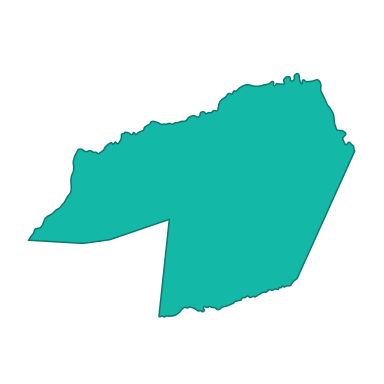 outline of San Fernando, Ocotepeque, Honduras, rotated 185°
{"feature_id": "27666195B54888668150426", "entity_name": "San Fernando", "entity_type": "district", "adm_level": 2, "iso_a3": "HND", "parent_name": "Honduras", "parent_adm1": "Ocotepeque", "projection": "equal_earth", "projection_center": [-89.101, 14.691], "detail": "fine", "context": "isolated", "style": "filled", "palette": "teal", "viewbox_px": 384, "rotation_deg": 185, "n_neighbors": 0, "source": "geoboundaries", "source_scale": "gbopen_adm2", "svg_char_len": 5952}
<svg xmlns="http://www.w3.org/2000/svg" viewBox="0 0 384 384"><g transform="rotate(185 192 192)"><path d="M169.8,74.3L169.5,75.1L169.5,75.7L169.7,76.2L170.4,76.8L170.5,77.2L170.5,77.5L170.2,78.6L169.9,78.9L169.5,79.1L168.8,79.1L167.8,78.4L166.8,78.3L165.9,78.6L164.8,79.5L164.2,79.6L162.5,78.8L159.9,78.7L158.5,78.6L158.1,78.3L157.6,77.6L157.1,77.2L156.2,77.0L155.5,77.1L154.0,77.9L153.3,78.4L152.2,79.5L151.3,80.1L149.6,80.8L146.9,81.7L141.6,84.5L140.6,85.3L140.2,86.3L139.9,86.6L133.9,88.5L133.5,88.9L133.1,90.2L132.6,90.8L132.0,91.2L130.6,91.2L130.0,91.4L129.4,91.9L128.5,92.8L128.0,93.1L127.6,93.2L127.1,93.2L125.9,92.3L124.9,92.1L123.9,92.3L122.6,93.0L122.1,93.3L121.4,93.3L120.5,92.9L120.2,92.9L119.3,93.4L116.8,95.4L112.9,98.1L112.0,98.4L110.1,98.5L108.8,99.1L108.2,99.6L107.2,100.9L106.4,101.4L105.5,101.6L104.2,101.1L103.5,101.1L102.7,101.4L101.5,102.2L100.4,102.7L99.7,102.7L98.6,102.3L98.0,102.3L97.6,102.6L97.3,102.8L97.1,103.9L96.8,104.4L96.4,104.6L95.5,104.3L94.9,104.4L94.5,104.8L94.0,105.8L93.6,106.2L93.1,106.1L92.4,105.5L91.9,105.4L91.2,105.6L89.9,106.4L88.9,106.8L88.0,107.0L86.7,107.0L86.1,107.2L85.6,107.5L85.3,107.9L84.2,110.2L83.1,111.9L81.5,113.4L79.8,114.8L33.5,246.9L34.0,247.6L34.4,248.6L34.6,249.3L34.8,250.8L35.1,251.8L36.0,252.5L37.4,253.4L39.1,255.1L39.7,255.3L40.4,255.0L41.3,254.0L41.8,252.9L42.2,252.6L42.8,252.6L43.5,252.9L44.4,254.1L46.5,258.1L46.6,258.5L46.4,259.2L46.0,259.9L44.5,261.7L43.9,262.5L43.8,263.1L43.9,263.6L44.1,264.0L44.4,264.4L47.2,266.1L48.4,266.3L50.8,266.1L52.1,266.2L53.0,266.5L53.6,267.2L54.8,270.1L55.9,272.4L57.3,279.4L57.8,281.3L58.3,282.6L60.1,285.3L61.5,287.3L62.7,288.7L64.4,290.2L64.9,290.9L67.4,295.4L72.1,303.5L72.5,304.5L72.8,305.7L72.8,306.7L72.8,308.9L73.1,310.7L73.5,311.6L74.1,312.7L74.8,313.6L75.6,314.3L76.4,314.7L77.3,314.7L78.3,314.4L80.3,313.5L81.6,313.0L84.4,312.4L87.2,311.9L88.2,312.0L88.7,312.2L89.9,313.2L90.5,313.4L90.9,313.4L91.5,313.0L91.8,312.3L91.8,311.6L91.5,310.7L91.6,310.0L92.0,309.5L92.6,309.4L92.9,309.6L93.3,310.2L94.1,311.9L94.9,314.5L95.4,317.2L95.8,318.2L96.0,318.6L96.4,318.9L96.9,319.1L97.4,319.0L98.0,318.9L98.8,318.5L99.5,317.9L99.9,317.3L100.2,316.7L100.3,316.1L100.2,315.4L99.9,314.2L100.1,313.1L100.3,312.5L100.8,312.0L102.0,311.2L102.8,311.1L103.5,311.6L103.8,312.4L103.8,313.5L103.9,314.2L104.3,314.7L104.9,315.1L105.8,315.3L106.8,315.3L107.8,314.9L108.7,314.3L109.8,312.9L110.2,312.3L110.3,311.7L110.4,311.1L110.3,310.4L110.0,309.8L109.6,309.2L109.4,308.6L109.6,307.8L110.1,307.4L113.5,307.2L117.2,307.3L117.7,306.9L118.1,305.9L118.4,305.4L118.9,305.0L119.3,305.0L119.9,305.3L120.3,305.9L120.3,306.6L120.1,307.6L120.3,308.5L120.8,309.0L121.4,309.2L122.1,308.9L122.6,308.6L123.9,307.0L124.8,306.3L129.5,305.0L133.2,303.5L134.4,303.2L137.6,302.9L140.0,302.9L141.3,303.1L143.7,303.6L145.6,303.7L146.8,303.6L148.3,303.2L150.5,302.1L153.1,300.3L154.5,299.1L155.9,297.1L156.7,296.4L157.4,296.2L158.5,296.4L159.2,296.1L159.6,295.5L159.8,294.5L160.0,293.9L160.3,293.4L160.7,293.1L161.2,292.9L161.7,292.8L162.9,293.4L163.5,293.5L164.1,293.3L164.6,292.9L166.1,290.6L166.8,289.7L167.7,288.8L170.1,286.9L171.2,285.6L171.9,284.7L172.4,283.3L172.9,281.5L173.1,279.8L173.3,277.3L173.4,276.3L173.8,275.5L174.5,274.9L175.2,274.7L176.6,275.1L177.5,275.0L178.4,274.4L179.3,273.0L179.8,272.6L180.5,272.5L181.6,272.6L182.4,272.5L183.1,272.2L184.0,271.5L184.6,271.3L185.4,271.5L186.3,272.4L187.1,272.8L188.1,272.9L189.3,272.6L189.9,272.2L190.4,271.6L190.7,270.7L190.7,269.4L190.9,268.6L191.4,267.7L192.0,267.3L192.8,267.0L193.6,267.1L194.3,267.4L195.4,268.0L196.2,268.2L197.1,268.2L198.9,267.6L200.5,266.9L201.7,266.0L202.6,265.0L203.7,263.0L204.1,262.6L204.8,262.2L206.1,261.7L207.9,261.6L208.8,261.4L212.1,259.9L213.9,259.7L214.7,259.5L215.4,259.2L216.6,258.1L217.4,257.8L218.3,257.7L219.8,258.3L220.6,258.4L221.6,258.1L222.6,257.5L223.1,257.3L225.8,257.2L228.5,256.7L229.4,256.9L231.5,258.0L234.0,258.6L236.5,259.0L237.6,258.9L238.3,258.7L238.8,258.4L239.1,258.1L239.5,256.7L239.8,256.2L244.8,252.5L245.2,251.7L245.3,250.6L245.4,250.0L245.6,249.5L246.0,249.1L247.0,248.4L248.5,247.8L249.6,247.2L250.6,246.5L251.9,245.1L252.7,244.5L253.1,244.4L253.6,244.6L253.9,244.9L254.3,245.8L254.9,246.1L255.3,246.1L255.7,245.9L256.0,245.3L256.1,244.6L256.2,244.3L256.5,244.0L257.0,243.9L258.1,244.1L259.6,245.0L260.7,245.4L263.5,245.8L264.0,245.6L264.6,244.8L265.1,244.3L266.7,243.8L267.1,243.3L267.3,242.6L267.1,240.4L267.2,239.4L267.3,238.6L268.3,236.1L269.2,234.5L269.5,234.1L270.2,233.7L271.1,233.7L271.5,234.0L272.0,234.9L272.6,235.1L273.1,234.8L273.7,233.5L274.0,233.2L274.4,233.0L274.9,232.9L275.3,233.0L275.8,233.3L276.3,233.9L276.6,234.0L277.2,233.9L278.0,233.5L279.9,231.9L282.2,229.4L282.9,228.2L283.5,226.4L283.8,225.9L288.3,222.0L289.1,222.0L290.1,222.8L290.9,223.2L291.8,223.2L293.3,223.0L294.0,223.0L295.9,224.1L296.9,224.3L298.2,224.2L299.9,223.2L301.1,223.0L302.0,223.1L302.7,223.3L304.6,224.6L305.5,224.9L306.4,225.0L309.0,224.6L311.9,217.7L312.9,212.8L312.9,211.2L312.6,208.9L312.1,207.3L311.9,204.5L312.0,202.0L312.4,200.6L313.3,198.2L313.7,195.7L313.6,192.8L313.3,190.0L312.9,187.9L312.6,185.0L312.6,182.6L313.0,180.7L314.3,178.5L315.6,176.8L318.0,171.1L318.9,169.6L320.2,167.9L321.8,165.4L323.2,164.0L325.0,162.9L326.6,161.4L328.2,159.4L329.2,158.3L331.0,156.9L334.0,155.1L336.0,152.9L338.3,145.6L340.0,143.1L342.3,142.3L344.5,141.8L345.5,140.6L346.0,138.2L346.6,136.5L349.1,132.8L350.5,129.7L296.1,131.3L269.8,137.3L212.2,162.8L214.1,65.3L213.5,64.9L213.0,64.9L212.6,65.1L211.7,65.7L210.9,65.8L210.2,65.7L209.2,65.2L208.6,65.1L208.1,65.3L207.3,66.1L206.8,66.3L204.4,66.3L202.8,66.5L200.6,66.8L199.1,67.4L197.1,68.3L195.2,69.9L193.4,71.8L191.6,74.6L190.5,75.7L189.4,76.3L188.5,76.5L187.9,76.4L187.1,76.0L186.3,76.0L185.7,76.4L185.2,77.1L184.9,77.3L182.2,77.0L181.4,76.9L177.8,75.4L176.1,74.3L175.4,74.0L174.9,74.1L173.8,74.4L173.1,74.5L172.4,74.3L171.5,73.7L170.9,73.6L170.3,73.8L169.8,74.3Z" fill="#14b8a6" stroke="#0f766e" stroke-width="1.5"/></g></svg>